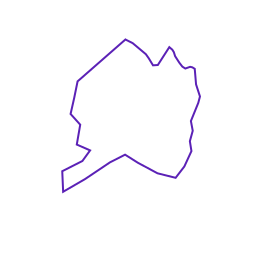 outline of Rundales, rotated 126°
{"feature_id": "LVA-5738", "entity_name": "Rundales", "entity_type": "Municipality", "adm_level": 1, "iso_a3": "LVA", "parent_name": "Latvia", "parent_adm1": "", "projection": "robinson", "projection_center": [23.943, 56.407], "detail": "fine", "context": "isolated", "style": "outline", "palette": "violet", "viewbox_px": 256, "rotation_deg": 126, "n_neighbors": 0, "source": "natural_earth", "source_scale": "10m", "svg_char_len": 636}
<svg xmlns="http://www.w3.org/2000/svg" viewBox="0 0 256 256"><g transform="rotate(126 128 128)"><path d="M119.9,196.2L57.9,182.1L57.9,181.9L56.6,174.1L57.8,156.9L59.4,152.2L62.6,144.6L59.5,140.9L38.3,142.1L38.6,138.2L39.7,135.5L42.2,132.1L45.0,124.9L46.4,120.1L46.2,116.6L42.0,113.7L41.1,111.6L40.9,108.8L44.7,105.5L52.7,98.6L60.2,88.3L66.4,85.9L85.4,81.2L92.2,74.0L102.3,70.2L109.4,63.1L126.0,59.8L140.3,60.2L147.3,77.5L150.3,99.4L151.3,114.7L166.4,122.4L194.5,132.7L217.7,143.0L201.6,155.8L181.5,145.5L168.4,145.5L171.5,159.7L153.4,168.6L150.4,182.7L135.3,189.2L119.9,196.2Z" fill="none" stroke="#5b21b6" stroke-width="2"/></g></svg>